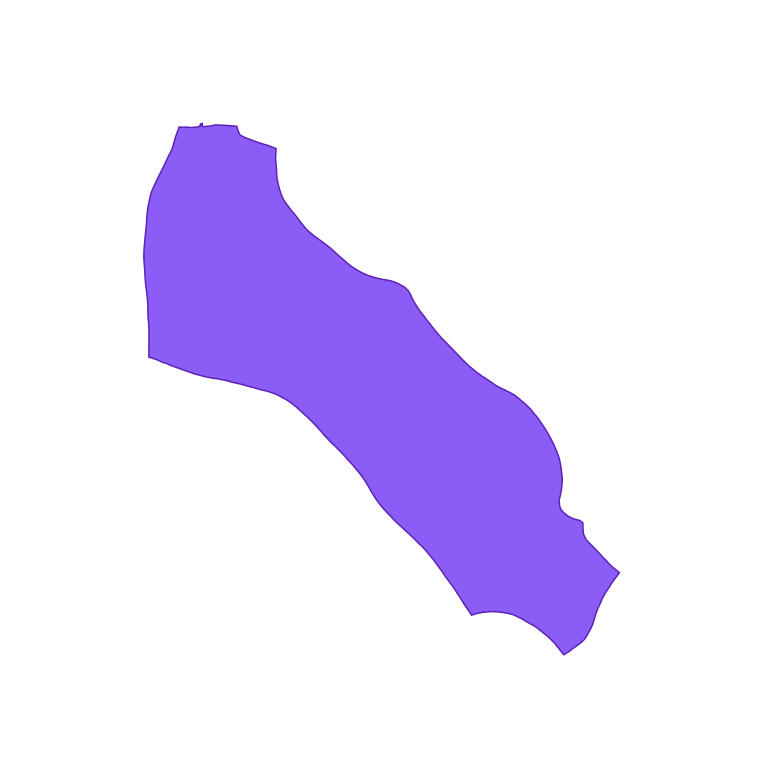 the district of Ghayl Bawazir, Hadramawt, Yemen, rotated 204°
{"feature_id": "15242507B58330676723626", "entity_name": "Ghayl Bawazir", "entity_type": "district", "adm_level": 2, "iso_a3": "YEM", "parent_name": "Yemen", "parent_adm1": "Hadramawt", "projection": "natural_earth1", "projection_center": [49.096, 14.883], "detail": "fine", "context": "isolated", "style": "filled", "palette": "violet", "viewbox_px": 768, "rotation_deg": 204, "n_neighbors": 0, "source": "geoboundaries", "source_scale": "gbopen_adm2", "svg_char_len": 5992}
<svg xmlns="http://www.w3.org/2000/svg" viewBox="0 0 768 768"><g transform="rotate(204 384 384)"><path d="M609.8,312.9L605.6,313.4L604.0,313.5L600.7,313.8L595.7,313.7L594.5,313.8L591.2,314.3L590.6,314.3L586.8,314.2L582.4,314.5L581.0,314.6L577.7,314.9L574.5,315.1L573.5,315.2L570.1,315.4L566.3,315.8L565.8,315.8L561.4,316.1L559.7,316.4L557.1,316.9L553.2,317.4L551.6,317.7L548.0,318.5L547.4,318.6L543.0,319.6L538.6,320.9L538.1,321.1L533.2,322.2L528.5,323.2L524.1,323.8L520.2,324.5L519.0,324.8L517.9,325.0L514.3,325.7L509.4,326.4L508.0,326.6L503.7,327.3L502.3,327.5L499.0,328.0L493.5,328.8L488.5,329.8L483.3,330.4L479.4,330.7L477.6,330.8L472.2,330.3L466.9,330.0L462.6,329.2L456.9,327.9L453.1,326.7L451.4,326.2L449.0,325.3L445.7,324.3L444.0,323.7L440.6,322.6L437.7,321.5L436.3,321.0L431.6,319.2L429.3,318.2L427.2,317.3L422.7,315.3L417.8,312.9L413.6,311.2L412.2,310.6L407.7,308.7L407.4,308.6L403.5,307.4L402.3,306.9L399.4,305.7L396.5,304.6L395.0,304.0L390.2,302.0L386.1,300.0L380.5,297.7L379.7,297.4L379.4,297.2L375.3,295.1L373.0,294.0L371.1,293.1L369.5,292.2L366.9,290.9L364.1,289.1L362.3,288.0L360.0,286.4L357.1,284.5L351.9,280.6L346.2,276.6L343.4,275.0L341.2,273.7L339.4,272.7L336.8,271.3L332.3,269.2L327.1,267.0L325.8,266.5L322.2,265.0L318.3,263.4L317.0,262.9L313.1,261.6L311.3,261.0L309.0,260.3L305.1,258.9L300.6,257.4L299.1,256.9L296.7,256.0L293.2,254.8L288.1,252.7L283.3,251.1L277.2,248.5L271.7,245.7L267.5,243.6L265.0,242.2L263.0,241.1L258.9,238.7L254.4,236.1L249.5,233.0L248.0,232.2L245.2,230.6L241.4,228.5L239.6,227.5L235.0,224.7L230.8,221.8L226.8,219.3L226.4,219.1L220.7,215.1L215.3,211.9L211.4,209.4L209.9,208.4L208.5,209.8L204.5,213.1L200.7,215.7L198.4,217.0L196.3,218.1L192.4,220.2L188.0,221.9L186.5,222.4L182.7,223.5L177.9,224.8L177.4,224.9L175.6,225.2L171.9,225.8L167.4,225.7L162.5,225.5L162.1,225.5L157.8,224.9L152.9,224.4L147.8,224.0L144.1,223.2L143.2,223.0L141.7,222.6L137.9,221.6L132.2,220.1L127.5,218.4L123.2,216.8L122.2,216.3L119.2,214.7L116.8,213.5L114.2,212.1L110.9,210.4L109.6,209.8L108.2,211.9L106.2,214.8L104.5,218.0L103.8,219.4L103.1,220.5L101.1,223.8L98.7,228.0L97.8,230.3L96.9,232.6L96.2,237.5L95.7,243.6L95.6,249.1L96.4,255.5L97.1,260.6L97.1,261.3L97.3,266.1L97.3,267.4L97.2,271.1L97.3,276.6L97.1,279.3L96.9,282.3L96.4,285.3L96.0,287.6L95.2,293.1L94.3,298.2L93.1,303.0L92.3,307.5L93.6,307.8L94.2,308.0L100.1,309.5L104.4,311.0L108.5,312.8L109.0,313.0L109.6,313.3L113.8,314.9L118.0,316.7L122.9,318.8L128.4,321.0L133.2,322.9L135.0,323.6L136.1,324.1L140.7,328.0L143.7,333.4L145.8,338.0L149.7,339.0L155.2,338.0L161.2,338.0L167.9,339.7L171.8,341.7L173.0,343.0L173.9,344.0L176.6,348.7L176.7,349.1L177.6,354.0L178.8,358.9L179.5,361.4L180.6,364.9L182.5,369.7L183.1,371.0L183.4,371.5L185.7,375.3L189.3,381.2L193.0,386.5L193.9,387.5L196.2,390.1L199.9,393.7L203.8,397.3L208.1,400.9L212.9,404.6L218.3,408.4L222.3,411.0L222.8,411.3L226.6,413.7L229.2,415.2L231.2,416.3L235.9,418.5L236.4,418.8L240.0,420.7L245.1,422.6L249.8,424.1L250.6,424.3L254.4,425.4L260.4,427.0L263.0,427.2L264.8,427.4L267.6,427.5L270.4,427.7L276.0,427.8L279.0,428.0L281.4,428.2L286.0,429.1L288.1,429.4L290.4,429.9L293.4,430.4L298.2,431.1L300.0,431.5L304.2,432.4L308.7,433.7L309.6,434.0L314.0,435.1L318.9,437.0L320.4,437.5L324.6,439.2L330.6,441.6L336.2,443.9L338.9,445.0L341.6,446.1L346.9,448.2L350.2,449.5L351.0,449.8L356.4,452.4L359.2,453.8L360.6,454.5L362.2,455.3L365.7,457.2L369.9,459.4L371.1,460.0L375.4,462.4L379.6,464.6L384.2,467.4L388.6,470.3L392.5,473.2L394.0,474.5L396.1,476.5L400.1,479.2L404.9,480.9L407.3,481.1L410.1,481.4L415.3,481.5L420.6,480.9L424.5,479.9L427.0,479.2L428.8,478.8L431.3,478.3L432.8,478.0L435.6,477.5L440.9,476.9L445.3,476.6L450.4,476.7L454.7,477.2L459.6,477.8L460.8,478.0L466.1,479.3L471.0,480.9L474.4,481.9L476.1,482.4L477.5,482.8L482.0,484.3L484.9,485.3L488.2,486.4L493.7,487.7L498.7,488.9L503.5,489.9L508.6,491.0L512.7,492.2L513.6,492.4L517.7,493.7L519.5,494.6L522.2,495.9L522.6,496.2L526.2,498.0L530.4,500.4L532.8,501.7L534.4,502.6L538.8,504.6L539.7,505.1L543.4,507.2L545.1,508.1L547.8,509.6L551.6,512.2L554.4,514.9L555.0,515.4L558.5,519.2L561.5,523.0L564.2,526.7L564.5,527.2L565.0,527.9L567.3,531.8L568.4,534.2L569.7,536.7L572.2,541.2L574.4,545.3L574.8,546.0L576.7,550.8L577.3,552.4L578.3,555.2L582.2,555.0L584.4,554.9L585.7,554.8L586.6,554.8L592.4,554.0L597.7,553.4L606.1,552.9L610.5,552.6L613.6,552.6L617.2,553.1L618.0,553.8L620.6,556.3L623.0,559.2L623.3,559.6L625.2,558.9L627.5,558.2L631.1,556.8L633.5,556.0L637.0,554.6L641.3,553.0L643.0,552.2L644.0,551.7L644.3,551.4L645.9,550.2L646.4,549.7L649.9,547.8L651.5,546.8L653.5,545.8L653.8,545.8L654.5,545.4L655.2,546.2L655.4,546.6L655.6,547.0L655.8,547.2L655.9,547.3L656.0,547.2L655.8,546.8L655.6,546.6L655.5,546.4L655.6,546.2L655.8,546.1L656.7,545.7L656.9,545.8L657.1,545.7L657.1,545.9L657.1,546.1L657.2,546.3L657.2,546.5L657.1,546.9L657.0,547.0L656.8,547.2L656.2,547.7L655.9,547.9L655.9,548.0L656.0,548.1L656.2,547.9L656.9,547.4L657.2,547.2L657.4,546.8L657.4,546.5L657.3,545.6L657.0,544.6L657.0,544.4L659.2,542.9L660.9,541.8L661.8,541.3L662.6,540.9L663.8,540.2L665.1,539.5L665.4,539.5L665.5,539.5L666.3,539.3L669.1,538.2L673.0,536.5L673.9,536.1L674.2,535.9L674.6,535.7L674.9,535.8L675.1,535.7L675.7,535.4L675.7,534.8L675.6,534.5L675.5,533.5L675.0,526.0L674.8,524.3L674.1,518.8L673.9,517.7L673.2,513.3L673.3,508.3L673.5,505.4L673.6,503.1L673.7,496.4L673.7,495.6L674.0,490.4L674.0,489.1L674.2,484.6L674.3,482.4L674.5,478.5L674.5,476.6L674.6,470.9L674.6,465.9L674.0,461.0L672.6,454.4L671.9,450.9L671.6,449.6L670.0,444.4L669.8,443.9L668.4,439.4L666.3,434.2L664.2,428.0L662.3,422.0L662.2,421.5L661.9,420.9L659.9,415.1L658.3,410.3L656.1,404.7L654.4,401.0L654.0,400.1L651.1,394.7L649.7,392.1L648.4,389.8L645.1,383.2L642.0,377.5L640.5,375.2L639.2,373.1L637.7,370.5L636.5,368.5L633.7,363.6L630.7,357.5L628.6,353.0L628.2,352.2L626.2,348.0L623.3,343.2L621.7,339.8L620.9,338.2L618.7,333.3L617.8,331.3L616.6,328.5L614.6,324.0L612.4,319.0L610.1,313.8L609.9,313.3L609.8,312.9Z" fill="#8b5cf6" stroke="#5b21b6" stroke-width="1.5"/></g></svg>